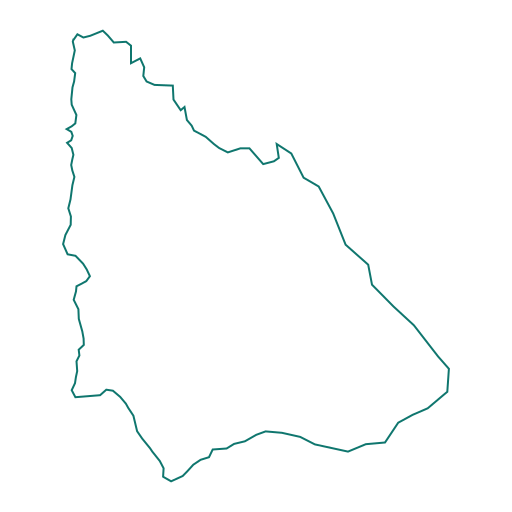 the district of Chloraka, Paphos, Cyprus
{"feature_id": "46923920B26548311367077", "entity_name": "Chloraka", "entity_type": "district", "adm_level": 2, "iso_a3": "CYP", "parent_name": "Cyprus", "parent_adm1": "Paphos", "projection": "equal_earth", "projection_center": [32.401, 34.799], "detail": "fine", "context": "isolated", "style": "outline", "palette": "teal", "viewbox_px": 512, "rotation_deg": 0, "n_neighbors": 0, "source": "geoboundaries", "source_scale": "gbopen_adm2", "svg_char_len": 1694}
<svg xmlns="http://www.w3.org/2000/svg" viewBox="0 0 512 512"><path d="M73.6,38.8L72.8,41.6L74.8,50.4L73.4,57.1L72.1,63.2L71.5,69.1L75.2,73.1L74.1,81.5L72.5,87.3L71.3,99.3L71.7,104.7L76.4,115.0L75.3,123.4L71.7,126.3L66.7,129.1L71.3,131.8L72.7,135.9L71.2,140.3L67.1,142.8L71.7,148.0L73.4,154.8L72.3,159.4L71.2,165.0L72.3,170.4L74.4,176.9L72.4,185.2L70.5,199.4L68.3,208.3L70.9,216.5L70.7,224.8L65.4,235.0L63.1,244.1L67.6,254.3L75.5,255.8L83.1,263.7L86.7,269.4L89.9,276.2L86.3,281.1L81.2,283.9L76.5,286.3L76.0,291.4L73.7,299.8L78.4,309.2L78.8,318.9L82.3,331.4L83.6,338.6L83.8,344.9L78.7,349.7L79.4,355.5L76.5,361.3L77.2,371.1L75.9,377.2L75.0,383.2L71.7,390.2L75.4,397.2L100.1,395.2L106.3,389.7L112.9,390.7L120.2,396.9L125.9,403.7L128.3,408.0L133.4,415.7L137.1,431.2L142.2,438.6L150.1,448.3L152.3,451.6L159.8,461.0L163.6,468.3L163.1,476.7L163.2,476.8L171.1,481.3L182.7,476.0L187.4,471.2L193.3,464.7L200.6,459.8L209.0,457.2L212.7,449.5L226.6,448.5L234.1,443.9L244.9,441.3L256.3,434.8L265.6,431.4L281.9,432.8L300.2,436.9L314.9,444.4L348.0,451.6L365.8,444.2L385.0,442.5L398.2,422.7L412.7,414.8L427.7,408.3L443.8,394.7L447.3,391.8L448.9,368.8L438.1,356.5L413.9,325.3L393.5,306.5L372.0,284.7L368.2,264.7L345.6,244.7L333.2,213.5L318.7,186.5L303.6,177.7L291.3,153.5L276.7,144.0L278.8,157.9L273.9,161.3L263.2,164.1L249.4,148.3L240.5,148.3L227.8,152.4L219.1,148.0L214.1,144.2L205.7,136.8L194.0,130.6L191.7,125.7L186.9,120.0L184.5,107.0L180.7,110.2L173.5,99.6L172.8,85.6L154.5,84.9L146.6,81.5L143.3,76.0L144.2,67.3L140.2,58.4L131.0,63.2L131.0,57.7L131.0,45.7L126.1,41.8L113.8,42.5L107.8,35.5L102.8,30.7L90.2,35.8L83.4,37.5L77.4,34.3L73.7,39.6L73.6,38.8Z" fill="none" stroke="#0f766e" stroke-width="2"/></svg>